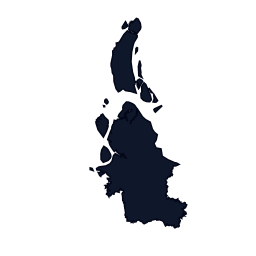 Noakhali, Chittagong, Bangladesh (Robinson projection), rotated 170°
{"feature_id": "16705992B96773862439533", "entity_name": "Noakhali", "entity_type": "district", "adm_level": 2, "iso_a3": "BGD", "parent_name": "Bangladesh", "parent_adm1": "Chittagong", "projection": "robinson", "projection_center": [91.099, 22.578], "detail": "fine", "context": "isolated", "style": "filled", "palette": "ink", "viewbox_px": 256, "rotation_deg": 170, "n_neighbors": 0, "source": "geoboundaries", "source_scale": "gbopen_adm2", "svg_char_len": 5835}
<svg xmlns="http://www.w3.org/2000/svg" viewBox="0 0 256 256"><g transform="rotate(170 128 128)"><path d="M95.9,21.9L95.0,22.1L94.5,22.8L94.6,25.4L93.8,25.5L93.8,26.5L93.1,26.6L92.6,27.6L93.5,29.8L93.0,30.1L93.2,30.6L92.3,31.0L90.8,29.6L90.5,31.6L89.6,32.1L89.3,31.4L88.4,32.0L87.6,31.7L88.8,33.5L88.9,34.5L87.7,34.3L86.7,33.1L85.5,33.3L85.8,35.2L87.4,35.9L87.3,36.9L88.1,38.3L88.6,38.1L88.8,39.0L86.7,39.0L86.8,40.4L85.3,39.5L83.5,42.1L84.6,42.9L84.6,44.3L85.3,44.8L86.6,44.2L89.1,44.4L89.4,45.1L88.9,45.1L88.8,45.8L90.1,45.9L90.1,47.1L91.2,48.1L91.2,49.6L92.9,48.9L93.0,47.4L94.2,48.4L94.6,48.1L94.3,49.4L95.6,49.6L95.7,50.4L96.6,51.0L97.5,50.8L97.8,49.9L98.4,50.1L98.6,51.0L100.0,52.4L100.3,51.1L102.1,51.4L101.6,52.6L102.0,53.9L101.4,54.4L102.5,54.8L102.5,55.4L101.8,55.6L102.2,56.8L100.4,58.6L100.8,60.3L100.4,60.3L100.4,61.5L99.2,63.1L100.1,63.3L99.4,64.2L100.8,65.6L99.2,67.8L100.0,70.3L99.4,71.1L98.3,71.2L97.1,73.0L96.4,72.6L95.1,73.3L95.4,72.8L95.0,72.8L94.5,73.3L94.9,74.0L92.8,73.5L92.2,74.6L93.1,76.0L92.7,77.8L93.2,78.2L92.7,78.6L92.3,78.1L92.1,79.7L91.0,80.0L90.1,82.7L87.5,82.4L84.0,83.3L86.1,85.0L88.1,85.8L94.0,89.7L99.2,94.3L99.1,101.7L103.8,103.5L105.1,108.3L102.4,111.2L100.3,116.3L102.8,119.3L104.2,122.5L105.1,129.9L109.3,133.3L111.8,136.5L115.1,144.3L117.3,138.7L120.0,137.1L121.0,135.4L123.5,134.4L124.6,131.9L124.9,132.1L123.7,134.8L121.8,135.4L120.2,137.3L117.6,139.0L115.9,145.7L117.6,149.4L119.3,151.1L122.7,153.3L125.1,153.9L128.8,151.0L129.6,149.0L129.7,146.9L134.4,143.0L135.6,141.1L134.0,139.1L130.6,139.1L128.6,140.3L128.8,142.9L123.2,145.6L120.9,145.3L122.6,143.8L127.6,142.9L128.1,140.0L127.2,135.3L128.0,135.5L128.1,138.1L129.0,139.0L132.2,138.0L136.9,138.4L137.9,137.0L140.2,138.0L141.9,133.8L142.4,133.9L143.8,131.6L143.8,130.6L145.2,128.4L145.2,126.6L145.9,127.4L150.0,120.2L149.4,118.8L147.8,118.6L148.3,117.9L145.9,117.0L148.7,117.8L149.1,117.0L148.6,114.0L146.0,107.8L145.2,107.4L143.4,108.4L143.1,106.3L140.9,103.7L139.5,103.2L137.3,103.7L135.9,100.1L134.2,98.3L136.5,99.7L137.2,102.1L140.1,101.9L139.8,100.7L145.1,105.1L145.5,104.0L146.3,104.0L147.2,103.1L149.3,98.3L151.8,95.9L156.3,94.5L163.3,94.7L166.0,93.6L166.0,92.1L162.5,91.2L159.5,88.9L157.1,88.2L156.6,85.9L153.9,83.0L154.4,81.4L157.1,82.1L157.2,81.5L156.1,80.2L156.1,78.3L153.9,78.0L153.8,76.8L156.7,76.1L156.8,75.2L157.3,75.9L157.1,76.8L158.0,76.8L158.5,73.8L159.8,75.4L160.6,75.4L159.9,74.5L160.6,72.7L158.1,73.4L159.1,70.6L157.8,71.0L156.7,69.7L157.9,69.1L159.3,69.8L159.2,66.9L160.4,67.3L160.7,66.6L159.2,65.1L158.7,63.6L158.3,64.5L157.1,64.3L156.9,65.1L156.4,64.8L155.6,65.8L154.1,66.1L154.0,65.4L153.3,65.2L153.0,66.3L151.9,67.4L150.3,67.3L148.0,66.3L148.2,67.6L146.8,67.8L146.2,69.8L145.5,69.5L145.0,67.9L143.4,67.4L143.4,65.2L144.3,65.5L145.3,64.3L145.2,61.7L145.8,57.4L145.2,57.2L145.3,54.9L144.0,54.6L144.7,54.0L145.0,52.2L145.1,44.9L146.1,42.8L145.0,41.0L145.8,40.9L145.9,40.4L144.6,39.5L145.1,36.5L141.3,35.8L141.3,34.4L139.8,34.7L139.6,34.3L139.1,35.9L138.3,35.4L138.2,34.4L137.8,34.2L136.2,34.3L136.0,35.1L135.1,35.4L132.9,35.5L132.2,34.2L130.8,33.4L130.0,33.6L130.0,32.6L129.2,31.7L129.4,31.4L128.7,30.9L125.5,31.8L125.4,32.8L123.2,32.3L121.1,32.5L120.5,33.2L115.4,33.3L115.6,32.3L113.0,32.1L110.7,31.0L109.4,29.7L108.1,25.0L107.0,25.5L106.7,26.5L105.9,26.6L105.6,25.3L104.5,24.8L102.5,25.1L101.8,24.0L99.7,24.4L99.9,22.5L99.1,21.5L96.4,22.4L95.9,21.9ZM125.6,167.3L124.1,165.3L118.6,163.4L113.8,160.9L114.7,169.2L113.6,169.9L113.3,171.3L112.1,171.9L113.6,173.7L113.1,175.9L113.9,182.1L113.6,192.5L111.2,202.3L108.6,208.6L107.2,211.3L103.2,215.9L102.9,217.2L103.2,218.3L104.8,219.6L110.6,222.4L111.8,223.8L115.8,220.8L121.2,214.6L122.6,213.7L124.8,213.7L125.0,210.9L126.2,209.3L127.7,208.9L128.0,207.6L129.6,206.6L130.3,202.3L133.5,194.3L133.9,191.5L133.5,189.8L133.8,185.1L132.8,182.1L133.7,176.3L132.9,168.8L131.2,165.3L128.9,166.0L126.4,167.6L125.6,167.3ZM158.5,138.0L157.7,136.8L158.5,137.2L157.8,131.5L153.8,123.3L149.9,128.4L147.6,132.5L147.3,133.6L148.0,133.6L146.6,136.1L146.3,139.1L149.1,142.9L150.5,146.1L152.5,145.4L152.7,144.3L155.0,143.4L154.8,142.4L153.7,141.6L154.6,141.6L156.2,142.8L157.0,141.6L157.6,141.6L157.8,140.7L156.4,139.6L157.2,139.7L156.9,139.0L157.9,139.9L158.6,139.6L158.5,138.0ZM104.4,169.8L107.3,166.6L108.1,161.4L109.4,159.4L109.8,155.3L107.9,152.5L105.0,150.8L102.0,150.1L100.1,151.8L100.3,156.1L102.9,167.8L104.4,169.8ZM107.4,222.9L102.5,219.7L98.6,223.3L97.8,225.2L97.7,229.1L99.2,233.6L100.7,234.5L106.0,230.5L105.1,231.8L105.3,232.3L106.3,232.5L107.0,231.2L107.6,231.6L110.2,224.8L109.2,223.0L107.4,222.9ZM158.3,98.5L153.3,99.5L150.8,101.3L149.9,102.6L149.7,104.7L151.3,109.8L152.6,112.0L155.0,114.2L157.7,110.9L159.1,107.3L160.0,101.6L158.3,98.5ZM104.8,192.4L107.1,186.8L108.3,177.5L105.4,175.2L106.2,178.2L105.6,180.8L105.5,184.9L104.4,187.5L104.8,192.4ZM108.2,174.2L110.4,173.3L111.2,172.1L109.0,167.2L105.5,171.4L106.1,172.6L108.2,174.2ZM116.0,228.7L116.3,227.5L116.0,226.7L114.0,226.7L110.4,228.5L110.3,229.6L111.3,228.7L111.6,229.0L111.4,231.7L112.0,233.2L116.0,228.7ZM91.3,144.2L98.5,142.3L99.3,141.7L99.2,140.5L98.3,138.8L91.0,143.6L91.3,144.2ZM96.9,156.9L97.2,152.1L98.6,149.7L98.1,149.8L98.3,149.2L97.7,148.9L95.9,148.6L94.1,149.8L96.9,156.9ZM159.3,87.5L162.8,89.7L164.7,88.2L164.1,86.0L163.2,85.1L162.8,86.0L159.3,87.5ZM144.7,160.3L146.0,159.4L146.4,157.6L144.8,155.4L143.8,155.8L143.0,157.1L144.0,160.0L144.7,160.3ZM104.7,205.2L105.3,205.7L106.3,205.0L107.4,200.6L105.4,202.3L104.7,205.2ZM111.4,170.0L111.6,168.2L110.7,164.9L109.5,166.2L109.4,167.0L110.5,169.5L111.4,170.0ZM169.7,92.1L170.3,94.4L172.2,95.3L172.5,93.6L169.7,92.1ZM100.6,163.9L99.1,159.0L97.6,158.2L98.7,160.1L100.6,163.9ZM148.2,154.3L148.1,153.1L147.3,153.0L147.2,153.9L148.2,154.3ZM164.7,88.4L164.2,89.1L165.1,89.4L165.0,89.1L164.7,88.4Z" fill="#0f172a" stroke="#020617" stroke-width="1.5"/></g></svg>